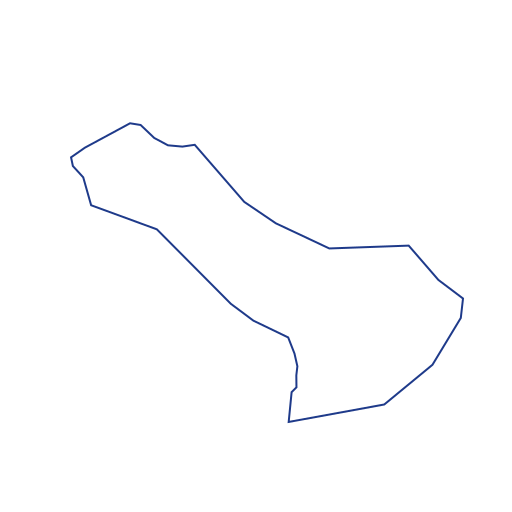 map outline of Škofljica (Equal Earth projection), rotated 130°
{"feature_id": "SVN-990", "entity_name": "Škofljica", "entity_type": "Municipality", "adm_level": 1, "iso_a3": "SVN", "parent_name": "Slovenia", "parent_adm1": "", "projection": "equal_earth", "projection_center": [14.578, 45.957], "detail": "fine", "context": "isolated", "style": "outline", "palette": "blue", "viewbox_px": 512, "rotation_deg": 130, "n_neighbors": 0, "source": "natural_earth", "source_scale": "10m", "svg_char_len": 534}
<svg xmlns="http://www.w3.org/2000/svg" viewBox="0 0 512 512"><g transform="rotate(130 256 256)"><path d="M323.1,414.9L306.8,438.9L304.8,454.1L299.3,461.1L283.0,456.7L235.3,437.8L229.8,428.6L231.0,409.8L227.8,394.6L219.5,382.7L210.2,374.4L222.1,299.8L218.2,261.8L203.1,204.7L149.9,145.7L157.1,100.9L155.5,70.1L171.8,59.3L225.9,50.9L287.3,62.3L362.1,124.3L337.4,141.2L330.6,140.6L321.5,148.4L313.9,153.4L306.0,163.8L297.7,179.0L307.2,216.4L308.8,244.5L299.3,349.1L323.1,414.9Z" fill="none" stroke="#1e3a8a" stroke-width="2"/></g></svg>